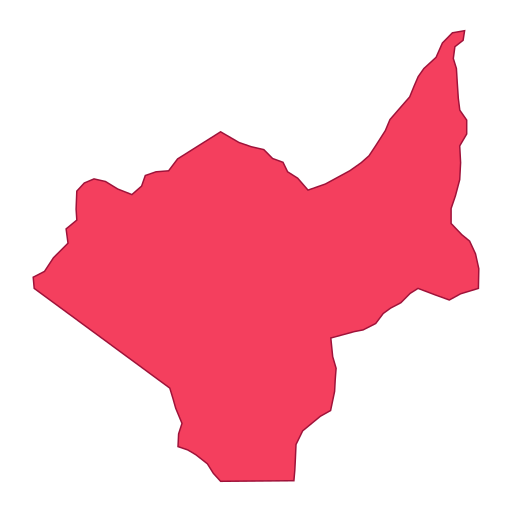 outline of Saltinho, São Paulo, Brazil
{"feature_id": "56859067B49656029802383", "entity_name": "Saltinho", "entity_type": "district", "adm_level": 2, "iso_a3": "BRA", "parent_name": "Brazil", "parent_adm1": "São Paulo", "projection": "mercator", "projection_center": [-47.719, -22.866], "detail": "fine", "context": "isolated", "style": "filled", "palette": "rose", "viewbox_px": 512, "rotation_deg": 0, "n_neighbors": 0, "source": "geoboundaries", "source_scale": "gbopen_adm2", "svg_char_len": 1306}
<svg xmlns="http://www.w3.org/2000/svg" viewBox="0 0 512 512"><path d="M34.2,288.4L169.8,388.1L173.0,398.6L175.7,408.2L182.0,423.4L178.6,433.9L178.0,446.6L187.7,449.9L195.8,454.7L207.4,463.8L213.4,473.4L220.6,481.3L293.9,480.7L294.8,470.3L295.4,458.4L296.0,444.5L302.7,430.8L320.3,416.3L330.6,410.5L334.6,391.4L335.2,380.0L336.1,368.3L332.7,356.7L330.8,338.0L354.3,331.6L363.1,329.9L375.7,323.5L383.2,313.5L390.6,308.1L400.9,302.7L410.1,293.4L418.0,288.4L426.8,291.7L435.2,294.9L449.3,300.0L460.6,293.8L478.4,288.4L478.8,268.7L475.5,253.8L469.6,241.1L461.8,234.7L451.1,223.5L451.1,208.5L455.4,195.9L459.7,179.7L460.6,162.7L459.7,145.9L466.7,134.0L466.7,120.1L459.8,110.2L458.3,98.3L457.2,81.8L456.4,68.5L453.3,58.5L454.9,46.7L463.1,40.3L464.6,30.7L452.4,32.8L442.4,43.0L436.1,57.3L423.9,68.5L418.2,76.6L414.1,86.1L409.7,96.9L401.9,105.8L390.0,119.5L385.3,130.7L375.7,145.7L369.0,155.8L361.2,162.7L349.7,170.8L325.4,184.0L308.0,190.1L297.7,178.2L287.6,171.8L283.0,162.3L272.6,158.5L263.8,149.6L251.2,146.7L239.0,142.5L220.6,131.8L177.6,158.9L168.6,170.8L156.0,171.8L145.3,175.5L141.6,186.1L131.9,194.6L117.7,189.0L105.5,181.5L94.0,178.9L84.3,183.0L76.8,191.1L76.1,209.1L76.8,220.1L66.1,228.9L68.0,243.2L53.5,257.7L44.5,271.4L33.2,277.2L34.2,288.4Z" fill="#f43f5e" stroke="#9f1239" stroke-width="1.5"/></svg>